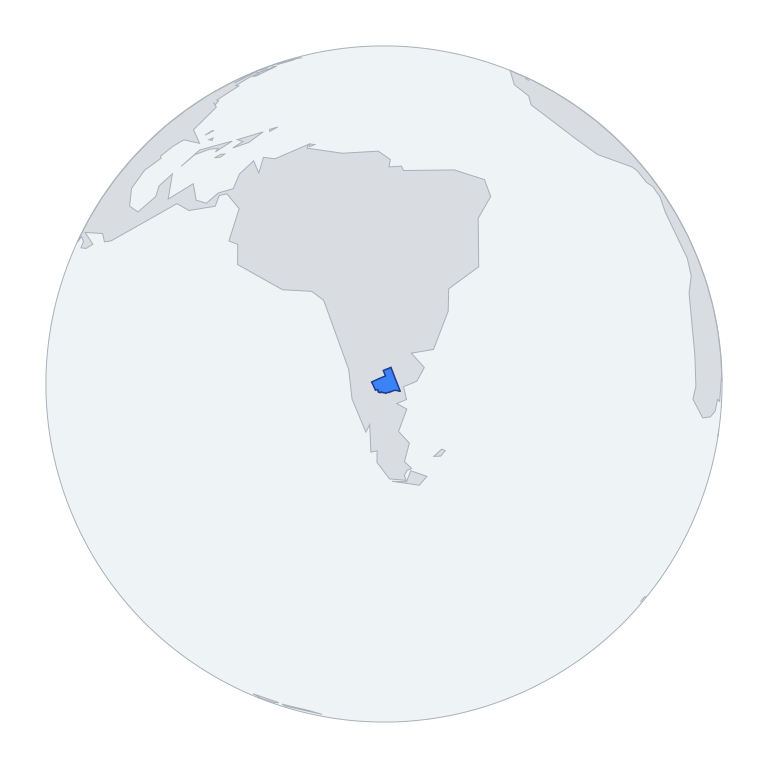 La Pampa on an orthographic globe, rotated 337°
{"feature_id": "ARG-1296", "entity_name": "La Pampa", "entity_type": "Province", "adm_level": 1, "iso_a3": "ARG", "parent_name": "Argentina", "parent_adm1": "", "projection": "orthographic", "projection_center": [-66.048, -37.163], "detail": "medium", "context": "on_globe", "style": "filled", "palette": "blue", "viewbox_px": 768, "rotation_deg": 337, "n_neighbors": 0, "source": "natural_earth", "source_scale": "10m", "svg_char_len": 4506}
<svg xmlns="http://www.w3.org/2000/svg" viewBox="0 0 768 768"><g transform="rotate(337 384 384)"><circle cx="384" cy="384" r="338" fill="#eef3f6" stroke="#a8b0b8"/><path d="M331.5,50.2L333.3,49.9L337.4,49.3L365.2,46.6L393.2,46.2L421.1,48.1L421.3,48.1L406.6,47.1L382.7,46.4L363.6,48.5L387.8,46.8L390.4,48.4L395.8,48.8L402.6,49.0L406.2,48.5L409.6,49.4L386.9,50.5L383.5,49.7L390.7,49.1L379.5,49.2L364.2,51.4L366.7,52.9L341.1,57.3L342.5,58.7L337.8,61.0L337.1,58.2L337.8,63.7L308.0,75.5L308.3,90.4L295.2,81.1L282.6,82.7L267.3,86.9L267.0,89.1L247.1,93.7L228.0,105.3L219.3,120.9L224.8,129.5L247.1,122.3L254.5,113.7L271.3,107.9L257.6,129.4L286.7,125.1L282.9,141.4L291.1,148.2L306.1,143.4L321.5,145.3L332.9,134.3L351.2,127.6L351.2,140.9L361.6,128.2L371.6,134.1L408.1,133.9L405.2,136.8L436.0,155.4L469.7,167.4L477.5,179.8L473.4,186.1L485.2,190.3L485.4,195.1L532.3,214.4L556.3,235.1L555.5,253.1L535.4,268.3L517.0,313.1L480.8,321.6L471.5,342.1L443.1,371.5L421.2,366.3L427.5,384.6L415.3,394.3L401.0,394.1L398.7,407.0L388.1,407.0L395.2,416.0L378.9,433.3L384.2,448.3L372.5,463.5L376.4,472.6L371.7,472.4L367.0,476.1L366.8,481.4L352.0,473.5L346.9,453.3L351.6,442.8L345.3,441.6L355.0,415.8L348.5,421.2L348.7,385.4L357.2,356.8L361.2,283.4L353.6,270.4L327.4,257.6L295.9,216.9L303.9,198.4L297.2,191.7L319.2,166.0L313.7,147.6L306.0,146.1L298.1,154.4L272.3,148.1L263.8,137.1L188.9,145.6L182.2,143.9L183.8,135.5L168.1,127.7L170.6,141.6L162.7,142.8L158.2,140.2L163.1,135.5L163.1,130.0L157.4,133.7L159.5,131.4L178.1,116.1L197.7,102.1L218.3,89.5L239.7,78.5L261.8,69.0L284.5,61.0L307.8,54.8L331.5,50.2ZM305.8,96.6L339.2,101.1L319.5,104.5L323.4,102.3L315.1,99.7L299.4,99.0L282.3,104.4L305.8,96.6ZM322.3,84.8L316.5,85.0L322.3,84.1L322.3,84.8ZM377.0,491.0L353.4,476.7L366.5,482.8L374.7,474.3L387.4,485.8L377.0,491.0ZM401.6,470.1L411.7,466.5L414.3,469.3L408.0,472.5L401.6,470.1ZM696.5,512.6L696.3,511.3L686.2,531.2L685.0,528.5L678.3,538.3L671.6,541.8L664.2,539.8L662.4,518.7L670.2,508.0L681.4,479.0L700.3,419.6L709.1,404.4L712.3,386.6L710.1,335.9L711.2,319.7L708.6,307.4L704.4,300.9L700.4,286.4L697.0,281.1L670.0,255.9L656.6,233.7L628.5,184.5L629.7,175.3L620.9,159.5L622.6,144.8L639.6,162.9L655.1,182.3L669.2,202.8L681.8,224.3L692.7,246.6L702.0,269.6L709.5,293.3L715.3,317.5L719.3,342.0L721.5,366.8L721.8,391.6L720.4,416.4L717.1,441.1L712.0,465.4L705.1,489.3L696.5,512.6ZM633.3,157.7L636.1,161.5L633.3,157.7ZM409.3,133.8L413.7,136.6L407.8,136.4L409.3,133.8ZM316.4,109.5L323.7,108.8L327.3,110.1L321.7,111.3L316.4,109.5ZM378.1,104.9L386.6,105.9L377.6,106.9L378.1,104.9ZM344.5,101.8L371.3,104.7L354.0,108.8L337.1,107.6L348.9,105.6L344.5,101.8ZM318.2,90.7L322.7,90.7L321.1,92.7L318.2,90.7ZM326.6,84.2L324.8,84.6L322.8,83.6L326.6,84.2ZM391.8,48.3L393.7,48.2L400.4,48.5L397.0,48.7L391.8,48.3ZM431.5,50.1L436.1,51.6L430.5,50.3L426.7,50.3L410.2,48.2L421.1,48.1L419.1,48.3L431.5,50.1ZM391.1,46.6L400.4,47.2L389.8,46.6L391.1,46.6ZM542.0,681.5L534.9,684.9L538.9,682.5L542.0,681.5ZM670.6,563.1L671.7,561.3L674.0,557.4L670.6,563.1ZM167.2,641.9L165.1,638.8L174.8,646.1L187.6,655.5L198.0,664.0L167.2,641.9ZM158.5,634.4L149.7,626.8L145.0,622.9L147.7,624.7L142.5,618.0L162.7,636.3L158.5,634.4Z" fill="#d9dde1" stroke="#a8b0b8" stroke-width="1"/><path d="M388.5,377.2L388.6,371.3L391.5,371.3L394.1,371.4L396.9,371.4L396.8,373.0L396.8,374.4L396.7,377.2L396.5,382.3L396.3,390.7L396.2,394.0L396.1,396.9L395.7,396.9L395.4,396.7L394.8,396.2L394.7,396.1L394.5,395.8L394.4,395.8L394.4,395.7L394.2,395.6L393.9,395.5L393.4,395.0L393.3,394.9L393.1,394.9L392.7,394.6L391.2,394.0L390.9,394.0L389.6,393.8L389.4,393.7L389.1,393.8L389.0,393.7L388.3,393.7L387.6,393.8L387.4,393.8L387.2,393.9L386.9,393.7L386.5,393.6L386.2,393.5L385.9,393.6L385.7,393.8L385.6,393.7L385.4,393.6L385.2,393.6L384.8,393.5L384.7,393.4L384.4,393.3L383.2,393.2L382.6,393.3L382.4,393.3L381.9,393.1L381.6,393.1L381.5,392.7L381.4,392.4L381.2,392.2L380.9,392.1L380.7,392.0L380.5,391.9L380.3,391.8L380.2,391.8L380.0,391.7L379.8,391.7L379.4,391.4L379.2,391.3L379.1,391.2L378.9,390.6L378.8,390.4L378.7,390.2L378.2,390.3L378.0,390.5L377.9,390.5L377.5,390.4L377.4,390.5L377.0,390.5L376.9,390.5L376.7,390.3L376.6,390.1L376.3,389.6L376.2,389.5L376.0,389.4L375.9,389.4L375.7,389.4L375.6,389.2L375.5,388.7L375.8,388.3L376.1,388.1L376.2,387.9L376.3,387.7L376.2,387.4L376.2,387.2L375.9,386.9L375.6,386.7L373.7,386.4L373.6,382.2L373.5,378.9L373.3,378.2L373.3,377.8L373.3,377.4L373.5,377.3L378.8,377.2L379.2,377.2L381.3,377.1L384.1,377.1L388.5,377.2Z" fill="#3b82f6" stroke="#1e3a8a" stroke-width="1.5"/></g></svg>